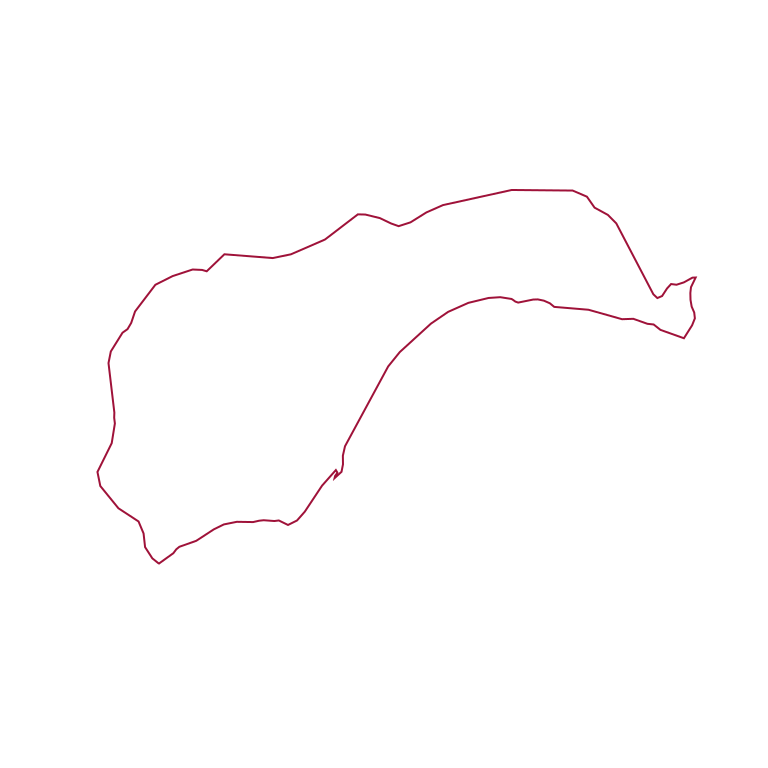 the Province of Gilan, rotated 111°
{"feature_id": "IRN-3240", "entity_name": "Gilan", "entity_type": "Province", "adm_level": 1, "iso_a3": "IRN", "parent_name": "Iran", "parent_adm1": "", "projection": "robinson", "projection_center": [49.412, 37.503], "detail": "fine", "context": "isolated", "style": "outline", "palette": "rose", "viewbox_px": 768, "rotation_deg": 111, "n_neighbors": 0, "source": "natural_earth", "source_scale": "10m", "svg_char_len": 1450}
<svg xmlns="http://www.w3.org/2000/svg" viewBox="0 0 768 768"><g transform="rotate(111 384 384)"><path d="M172.9,131.2L183.6,132.1L189.3,130.6L195.6,128.0L201.5,124.5L206.1,120.0L211.3,117.3L218.8,117.4L233.8,120.4L234.4,145.3L231.8,153.6L233.4,159.6L233.8,174.6L238.2,185.0L241.4,219.7L251.0,252.7L249.2,258.1L248.9,264.6L249.9,270.7L251.7,275.0L259.9,287.9L260.0,290.9L259.3,293.4L258.9,295.4L261.3,306.6L266.2,317.2L278.0,334.3L293.7,350.0L310.8,361.8L348.5,380.7L366.1,386.4L456.1,398.1L465.7,396.7L473.7,393.5L481.2,392.2L489.6,396.4L487.4,396.7L484.8,396.0L483.4,395.8L481.6,398.1L501.1,405.4L531.6,412.2L542.6,416.3L550.0,423.1L549.1,433.3L551.2,437.2L554.3,447.5L556.4,451.6L559.8,456.7L565.4,472.0L572.5,483.2L580.7,490.8L597.7,503.1L609.3,516.7L612.8,518.7L617.4,520.0L632.2,529.7L632.1,530.6L629.8,537.8L621.9,548.6L609.7,554.9L600.3,563.9L595.2,587.4L580.9,612.3L568.8,620.0L536.8,617.0L517.3,621.1L512.2,623.8L507.3,625.5L463.2,648.7L451.5,650.7L429.8,646.5L424.7,643.1L417.6,641.9L405.5,642.4L373.3,633.0L359.0,620.0L345.7,603.7L342.7,594.7L342.3,589.9L320.1,579.5L306.3,533.0L296.3,517.4L270.3,490.9L235.0,469.2L232.5,462.2L230.6,447.3L231.6,434.9L231.4,426.9L223.6,417.2L208.6,405.9L195.8,393.0L157.1,334.3L135.8,277.2L136.4,261.7L143.9,250.6L145.9,235.6L150.8,224.7L203.7,164.7L205.8,159.6L202.2,155.9L193.4,154.0L187.8,151.8L186.5,146.5L181.7,140.5L174.2,134.2L172.9,131.2Z" fill="none" stroke="#9f1239" stroke-width="2"/></g></svg>